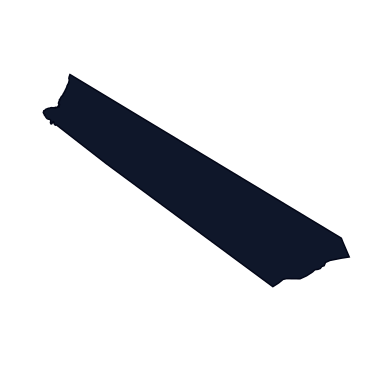 Ngerkesou, Ngchesar, Palau, rotated 209°
{"feature_id": "81905179B7495119160888", "entity_name": "Ngerkesou", "entity_type": "district", "adm_level": 2, "iso_a3": "PLW", "parent_name": "Palau", "parent_adm1": "Ngchesar", "projection": "orthographic", "projection_center": [134.602, 7.464], "detail": "fine", "context": "isolated", "style": "filled", "palette": "ink", "viewbox_px": 384, "rotation_deg": 209, "n_neighbors": 0, "source": "geoboundaries", "source_scale": "gbopen_adm2", "svg_char_len": 2180}
<svg xmlns="http://www.w3.org/2000/svg" viewBox="0 0 384 384"><g transform="rotate(209 192 192)"><path d="M39.0,224.0L355.7,235.6L355.7,235.2L355.6,234.7L355.5,234.4L355.3,234.0L355.3,233.7L355.2,233.6L355.3,233.1L355.0,232.5L355.0,232.2L354.8,231.7L354.2,231.0L353.7,230.8L353.4,229.6L353.1,228.9L353.1,228.3L352.9,228.2L352.8,227.6L352.6,227.6L352.6,227.3L352.6,226.8L352.5,226.4L352.8,226.2L352.8,225.8L352.7,225.7L352.7,225.1L352.8,224.6L352.6,224.3L352.6,223.8L352.4,223.1L352.3,222.2L352.0,221.8L352.3,221.6L352.3,221.4L352.2,221.0L352.1,220.7L352.2,220.4L352.2,220.1L352.2,219.9L352.2,219.1L352.0,218.8L352.0,218.4L351.7,218.1L351.8,217.8L352.1,217.7L352.0,217.1L351.8,217.0L351.8,216.8L352.2,216.2L352.1,214.9L351.9,214.8L352.0,214.3L352.1,213.7L351.9,213.6L352.1,213.3L351.9,213.0L352.5,212.3L352.5,210.6L352.4,210.3L352.5,209.3L352.4,209.3L352.4,209.0L352.6,209.0L352.7,208.4L352.3,208.0L352.4,207.8L352.0,207.4L352.2,206.6L352.0,205.4L351.8,204.8L351.6,204.7L351.3,204.5L351.0,204.7L350.6,204.6L350.4,204.4L350.7,204.3L350.8,203.1L350.5,203.0L350.1,202.8L349.8,202.7L349.6,202.4L350.2,202.3L350.4,202.2L350.4,201.8L350.3,201.7L350.5,201.6L350.8,201.5L350.8,201.4L350.7,201.2L350.7,200.9L350.9,200.7L351.2,200.5L351.1,200.4L351.3,200.2L351.7,200.3L351.8,200.2L352.1,200.2L352.4,199.9L352.1,199.4L352.3,199.2L352.6,199.5L352.8,199.5L352.9,199.2L353.3,198.8L353.7,198.8L354.0,198.4L354.7,198.2L355.0,198.0L356.0,197.6L356.6,197.0L356.9,196.4L357.6,196.1L358.4,195.3L359.1,194.6L359.2,194.3L359.5,193.9L360.0,193.4L360.4,191.8L361.0,191.2L360.8,190.6L360.7,189.6L360.2,189.1L359.6,188.7L359.2,188.7L358.9,188.4L358.2,188.3L358.4,187.8L357.6,187.5L356.2,186.7L355.4,186.3L354.1,185.9L352.8,186.1L351.7,186.5L350.8,186.5L350.4,186.1L349.8,185.3L349.6,184.3L349.0,183.6L348.2,183.2L347.7,183.7L347.6,185.6L347.7,186.0L347.1,186.4L346.7,186.0L346.2,185.4L345.8,184.9L344.2,184.2L343.7,184.3L343.3,185.0L280.5,175.2L75.4,148.4L72.1,154.5L70.0,159.7L67.4,162.0L55.4,168.5L51.2,174.2L47.8,180.6L46.9,183.5L44.4,185.4L42.7,187.3L42.4,189.7L40.7,191.6L41.1,195.1L38.2,199.0L29.2,206.6L23.0,211.4L35.6,221.2L39.0,224.0Z" fill="#0f172a" stroke="#020617" stroke-width="1.5"/></g></svg>